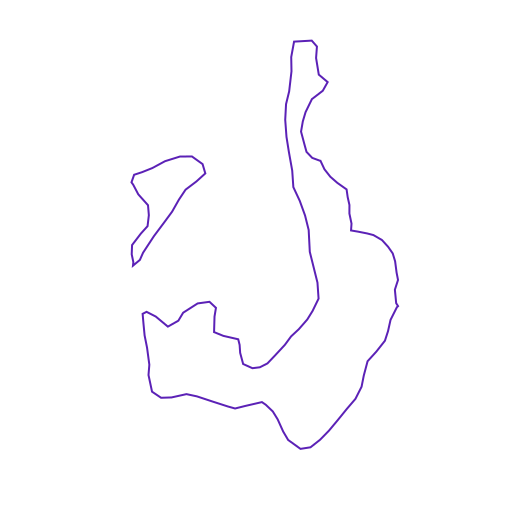 outline of Lankaran District, Lankaran, Azerbaijan, rotated 166°
{"feature_id": "54616110B17009633679109", "entity_name": "Lankaran District", "entity_type": "district", "adm_level": 2, "iso_a3": "AZE", "parent_name": "Azerbaijan", "parent_adm1": "Lankaran", "projection": "equal_earth", "projection_center": [49.011, 39.075], "detail": "fine", "context": "isolated", "style": "outline", "palette": "violet", "viewbox_px": 512, "rotation_deg": 166, "n_neighbors": 0, "source": "geoboundaries", "source_scale": "gbopen_adm2", "svg_char_len": 1873}
<svg xmlns="http://www.w3.org/2000/svg" viewBox="0 0 512 512"><g transform="rotate(166 256 256)"><path d="M130.3,173.0L131.4,176.3L129.4,189.7L124.0,198.4L123.6,205.9L122.3,217.2L122.7,225.4L125.6,233.0L129.9,241.0L137.0,247.9L142.7,251.0L151.0,254.9L157.6,257.8L155.5,264.3L155.1,274.6L153.0,282.9L152.8,291.0L152.0,298.7L159.4,307.3L164.7,314.9L168.6,323.6L170.4,332.7L170.5,332.7L177.7,337.6L181.8,344.8L182.0,352.6L182.2,365.8L178.0,375.3L173.1,383.6L163.8,394.7L151.2,400.2L144.4,407.4L151.2,416.8L149.8,433.6L146.2,444.5L149.8,451.5L167.2,454.8L173.7,440.5L176.9,426.6L184.0,407.7L190.1,396.1L194.7,381.1L197.6,364.2L198.9,349.3L200.2,330.1L203.1,313.8L200.2,298.9L198.6,283.4L198.6,268.5L202.8,247.0L202.8,224.2L202.8,215.3L205.6,199.5L214.4,189.0L221.6,182.0L232.2,174.6L241.4,169.5L249.5,162.8L261.9,154.7L270.9,149.0L279.2,147.1L286.6,148.0L294.6,154.3L294.8,165.9L293.4,173.7L293.4,179.5L307.0,186.4L315.1,192.3L310.9,207.3L307.4,215.4L312.2,222.8L324.1,224.1L340.4,218.6L347.0,212.0L358.6,208.8L367.9,221.5L375.7,228.3L380.0,227.3L381.5,217.9L383.3,205.9L383.9,193.3L385.8,176.3L389.1,166.5L389.7,149.5L382.4,141.4L372.2,139.2L356.9,138.8L347.3,134.1L332.9,125.0L319.7,116.8L313.2,113.1L302.8,113.1L285.6,112.8L282.5,109.3L277.3,101.1L274.5,92.3L272.1,79.1L269.3,69.7L259.5,58.1L249.4,57.2L238.3,62.2L227.6,68.8L216.5,76.9L204.8,85.7L194.1,93.3L185.2,103.6L180.3,114.0L173.2,126.9L162.4,134.1L151.4,142.6L146.1,151.1L140.9,161.5L131.7,172.2L130.3,173.0ZM377.7,276.4L369.6,280.3L364.8,286.5L358.0,292.8L350.2,300.0L337.2,310.6L326.7,319.3L317.2,329.3L308.3,337.4L295.9,342.7L285.2,348.4L285.6,358.1L294.1,368.1L305.8,370.9L321.3,370.0L335.4,366.4L346.3,364.9L354.6,364.3L359.0,357.6L357.9,354.9L355.3,344.3L348.5,331.4L350.1,321.5L354.0,311.2L362.3,305.6L373.6,296.6L376.2,287.7L376.5,279.7L377.7,276.4Z" fill="none" stroke="#5b21b6" stroke-width="2"/></g></svg>